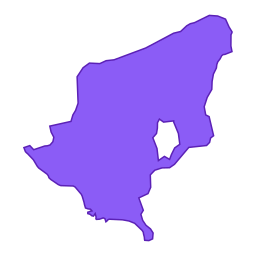 SVG path tracing the border of Somogy
{"feature_id": "HUN-3157", "entity_name": "Somogy", "entity_type": "County", "adm_level": 1, "iso_a3": "HUN", "parent_name": "Hungary", "parent_adm1": "", "projection": "equal_earth", "projection_center": [17.569, 46.411], "detail": "fine", "context": "isolated", "style": "filled", "palette": "violet", "viewbox_px": 256, "rotation_deg": 0, "n_neighbors": 0, "source": "natural_earth", "source_scale": "10m", "svg_char_len": 1726}
<svg xmlns="http://www.w3.org/2000/svg" viewBox="0 0 256 256"><path d="M93.5,216.1L91.9,215.8L90.3,214.5L90.1,214.3L87.8,213.6L87.8,212.2L88.8,211.9L90.8,211.1L91.9,210.9L90.5,209.2L88.0,208.9L85.5,208.0L84.5,204.7L84.1,202.6L82.2,196.2L81.3,194.3L75.1,187.0L73.3,186.0L60.7,185.6L58.3,184.6L50.8,179.5L49.0,177.8L48.2,175.6L47.0,174.1L38.7,168.0L37.2,166.2L33.4,159.8L27.6,153.7L26.5,152.8L25.4,151.6L23.9,147.6L29.8,145.6L33.7,149.7L44.7,146.0L47.3,145.8L50.0,145.0L52.9,141.7L53.8,137.2L51.1,132.0L49.8,126.1L53.4,125.3L71.0,121.4L72.9,114.9L75.6,110.4L78.1,103.2L77.1,76.8L83.1,67.7L89.4,63.1L99.8,63.6L106.1,60.7L114.1,59.8L145.7,48.0L173.6,33.2L180.6,31.5L186.7,25.8L190.3,23.7L194.4,22.7L209.3,15.4L217.7,16.0L225.5,19.1L229.0,26.9L232.1,32.0L231.7,33.3L231.0,34.6L230.9,46.0L232.0,51.6L224.9,54.4L223.1,54.6L221.7,55.7L220.0,59.0L217.8,61.8L216.8,64.6L216.4,68.0L213.4,74.1L212.1,81.5L211.8,89.4L207.2,97.4L204.2,106.7L205.7,114.9L209.1,116.6L213.6,135.7L210.6,138.0L209.6,142.4L206.6,145.5L188.8,147.4L174.5,164.3L169.6,167.7L162.0,167.9L154.8,170.2L150.3,174.9L150.7,187.3L148.0,193.6L138.8,197.9L143.3,210.3L140.9,214.3L142.7,220.4L146.0,225.3L150.5,228.9L153.1,233.0L152.6,238.9L148.9,240.6L144.7,240.3L144.5,239.3L144.3,237.0L143.5,233.9L143.3,232.3L142.1,230.4L134.7,223.3L129.0,221.0L122.4,219.8L109.1,219.2L107.7,220.0L107.3,220.6L106.7,221.2L105.9,221.8L104.9,218.6L103.2,217.9L99.5,219.2L96.4,219.4L95.9,218.8L96.1,217.0L95.2,213.6L93.5,216.1ZM163.6,122.1L159.4,119.1L157.5,122.7L157.4,128.1L156.5,133.5L152.8,137.7L157.0,148.5L158.4,160.6L164.4,156.4L169.6,159.4L171.4,154.6L174.7,147.9L179.8,144.3L178.4,133.5L173.7,122.1L173.7,120.9L163.6,122.1Z" fill="#8b5cf6" stroke="#5b21b6" stroke-width="1.5"/></svg>